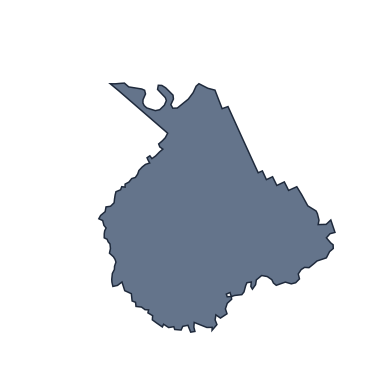 Nova Palma, Rio Grande do Sul, Brazil, rotated 244°
{"feature_id": "56859067B37281220773300", "entity_name": "Nova Palma", "entity_type": "district", "adm_level": 2, "iso_a3": "BRA", "parent_name": "Brazil", "parent_adm1": "Rio Grande do Sul", "projection": "equal_earth", "projection_center": [-53.411, -29.433], "detail": "fine", "context": "isolated", "style": "filled", "palette": "slate", "viewbox_px": 384, "rotation_deg": 244, "n_neighbors": 0, "source": "geoboundaries", "source_scale": "gbopen_adm2", "svg_char_len": 2294}
<svg xmlns="http://www.w3.org/2000/svg" viewBox="0 0 384 384"><g transform="rotate(244 192 192)"><path d="M302.7,208.5L299.3,206.0L288.5,209.4L285.4,209.0L282.1,205.2L280.1,199.1L281.2,194.7L287.4,188.2L290.6,186.9L293.5,186.9L296.4,188.4L300.5,193.2L304.2,194.0L306.6,192.0L314.2,181.2L319.5,179.0L320.9,175.6L322.9,170.4L325.1,166.0L314.9,170.6L255.5,195.9L252.5,191.8L251.0,187.8L249.8,183.1L246.6,182.8L243.3,184.6L242.3,180.6L240.3,175.0L239.6,170.6L243.0,170.0L242.5,166.6L239.5,166.5L236.6,166.7L237.2,162.3L236.3,158.2L234.6,153.7L231.9,151.0L229.9,147.5L230.5,143.7L228.6,139.7L228.4,135.3L225.7,134.0L227.6,131.2L225.3,128.8L225.6,123.8L223.0,121.6L219.7,119.3L216.5,117.3L214.9,112.5L216.3,108.2L212.4,105.3L211.0,99.6L208.8,96.5L205.5,99.2L200.6,98.2L197.3,99.0L195.4,96.5L192.9,94.8L189.3,93.0L186.7,95.0L184.0,94.8L181.2,95.5L176.9,93.9L173.2,91.0L168.2,93.0L165.1,93.3L162.3,92.9L159.2,89.8L156.4,88.3L153.7,84.7L148.7,81.6L146.1,80.5L141.8,79.5L140.7,84.1L141.8,89.6L132.8,88.3L127.2,92.9L120.3,90.4L117.6,92.9L113.7,91.5L110.7,96.2L106.8,98.2L105.1,101.3L102.7,99.4L98.1,102.4L94.5,100.3L89.7,102.8L83.7,106.2L85.6,108.5L80.4,111.6L78.9,116.6L76.0,116.2L72.7,121.7L75.3,124.8L74.0,129.9L69.8,129.6L66.6,129.4L65.4,133.5L69.7,134.4L73.8,136.8L63.7,146.0L61.5,150.8L58.9,149.4L61.9,156.3L66.9,156.7L71.1,159.6L66.2,162.3L67.2,170.1L72.3,170.8L76.5,174.9L78.2,180.6L80.8,181.5L80.3,185.0L77.9,191.8L79.4,194.9L84.4,199.3L86.4,201.6L85.1,205.8L81.3,203.5L78.2,203.7L80.8,208.5L84.8,211.3L86.4,218.0L83.0,222.6L78.2,225.3L74.5,225.3L71.2,226.8L70.1,236.4L65.9,241.0L65.0,245.4L66.8,250.5L71.8,251.6L74.4,256.1L74.9,260.1L72.7,264.0L74.1,270.0L75.2,274.2L73.9,283.9L78.1,289.5L79.3,294.2L82.7,295.7L85.4,294.4L91.9,292.7L94.0,297.8L93.0,302.8L106.0,304.5L104.1,298.4L107.4,291.1L111.0,293.8L117.6,295.2L120.5,295.2L128.8,290.0L141.4,289.4L150.8,288.5L151.1,279.5L155.3,279.5L160.6,279.4L160.7,271.1L170.4,271.1L170.5,264.3L180.1,264.5L180.3,259.9L189.6,260.1L218.0,260.8L253.0,261.8L253.7,255.6L273.5,257.3L278.3,251.7L286.3,245.7L285.3,242.1L280.8,236.6L277.1,229.4L273.9,215.6L275.7,211.5L279.8,211.3L283.7,216.1L287.4,217.4L297.2,214.0L301.0,211.6L302.7,208.5ZM80.8,181.5L82.4,177.7L85.2,178.1L85.0,182.1L80.8,181.5Z" fill="#64748b" stroke="#1e293b" stroke-width="1.5"/></g></svg>